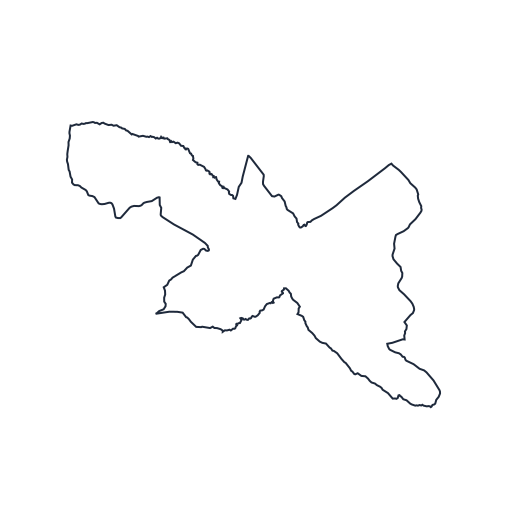 outline of Businga, Équateur, Democratic Republic of the Congo, rotated 191°
{"feature_id": "63176286B10859728267394", "entity_name": "Businga", "entity_type": "district", "adm_level": 2, "iso_a3": "COD", "parent_name": "Democratic Republic of the Congo", "parent_adm1": "Équateur", "projection": "orthographic", "projection_center": [21.02, 3.443], "detail": "fine", "context": "isolated", "style": "outline", "palette": "slate", "viewbox_px": 512, "rotation_deg": 191, "n_neighbors": 0, "source": "geoboundaries", "source_scale": "gbopen_adm2", "svg_char_len": 6106}
<svg xmlns="http://www.w3.org/2000/svg" viewBox="0 0 512 512"><g transform="rotate(191 256 256)"><path d="M55.0,141.6L54.3,143.5L52.7,144.3L51.9,145.3L51.6,149.2L49.8,152.6L49.1,156.1L49.5,157.9L50.2,159.2L58.0,167.7L66.4,174.3L69.2,175.8L73.9,176.5L80.7,179.9L88.5,181.9L89.5,182.7L90.6,184.7L91.5,185.2L92.9,185.1L95.1,187.0L97.1,187.8L101.0,188.0L106.5,189.5L107.5,190.1L109.5,192.7L110.4,194.9L105.6,196.8L96.1,202.2L94.2,202.4L95.3,206.2L94.9,208.7L95.4,210.4L94.4,213.0L94.7,216.6L97.7,219.5L93.1,227.5L91.1,229.9L90.5,232.9L90.6,234.0L91.5,236.2L93.4,239.0L95.6,241.1L103.4,246.7L108.7,249.8L110.7,252.3L111.1,253.5L111.1,256.3L108.8,262.2L108.6,263.7L109.1,267.2L110.7,269.2L112.0,272.8L116.1,275.5L120.4,279.0L122.0,282.0L122.2,283.5L121.4,289.7L122.8,294.4L122.8,301.8L122.6,303.3L121.3,304.5L115.8,308.5L112.2,312.4L111.7,313.3L110.9,316.4L106.5,322.6L102.9,329.9L102.2,331.9L102.3,333.2L103.1,334.7L103.3,336.5L106.0,340.0L107.8,343.2L108.7,346.1L108.5,347.4L111.0,352.0L112.7,353.5L118.4,356.9L120.9,359.7L129.8,366.2L132.3,367.8L138.8,371.0L140.7,372.5L143.0,370.6L146.1,366.8L160.5,350.7L172.2,338.7L179.9,330.2L186.7,321.1L189.9,317.6L199.9,307.8L206.0,303.4L207.9,301.7L209.1,299.9L211.6,299.2L212.1,298.7L212.2,296.5L212.8,294.9L213.2,294.8L214.4,296.0L215.1,295.6L215.8,294.0L217.4,292.5L218.4,292.4L219.4,293.2L220.6,294.8L220.6,295.8L222.2,297.2L223.4,300.5L225.6,302.2L227.7,304.9L233.9,307.3L234.8,308.1L235.4,309.6L236.4,310.8L238.3,315.0L241.5,317.8L242.6,319.5L244.9,320.5L245.7,320.5L249.2,317.9L251.7,317.8L261.6,326.5L262.8,327.9L263.3,330.1L263.6,335.9L264.0,337.3L279.9,351.3L282.4,352.9L282.8,352.8L282.9,351.7L284.2,331.4L284.2,325.1L286.1,320.6L286.3,312.3L287.1,308.1L289.2,308.3L290.0,310.7L291.0,311.3L292.1,311.1L294.1,311.8L294.7,313.0L294.7,314.2L296.7,315.9L300.1,316.7L300.8,317.5L301.3,316.3L301.9,316.4L302.7,318.0L304.6,318.7L306.3,320.3L306.4,321.9L307.4,321.8L309.3,323.7L310.2,325.8L310.8,325.7L311.7,325.0L312.2,325.5L312.9,325.3L312.9,326.5L313.9,326.6L315.1,327.9L316.4,328.1L316.7,327.5L317.4,327.9L317.7,329.7L318.1,330.0L320.1,330.7L320.8,330.3L321.5,330.5L322.2,331.7L324.0,333.6L328.6,334.9L330.1,334.4L331.0,334.9L331.3,336.4L333.2,336.5L336.2,338.2L336.1,339.8L337.0,342.2L337.7,342.3L338.9,343.4L339.2,344.1L340.4,344.3L343.0,348.2L343.9,348.4L344.6,348.2L345.1,347.2L345.7,347.3L346.2,348.2L347.0,348.4L348.3,350.1L350.6,349.9L352.9,351.9L354.6,352.3L356.3,351.4L358.8,352.5L360.1,351.8L361.1,352.5L361.6,351.5L362.0,351.4L363.1,353.4L364.8,353.9L365.5,354.6L368.4,353.7L368.9,353.8L369.3,354.6L369.7,354.6L369.9,353.9L370.9,353.8L371.9,354.8L372.3,353.5L373.2,352.8L374.4,352.6L375.7,353.2L376.8,352.2L378.7,353.2L380.4,353.3L380.9,353.0L382.4,353.6L383.7,352.3L385.2,352.5L386.4,352.1L389.9,352.4L394.0,350.8L394.6,351.3L400.6,352.2L401.2,351.6L406.0,354.4L407.5,354.5L409.1,355.7L411.8,355.7L412.7,356.3L414.6,356.4L417.7,357.8L420.7,356.7L422.8,357.3L425.8,356.4L429.9,357.1L431.3,357.7L432.9,357.1L434.6,355.4L437.6,356.4L439.4,355.9L440.5,356.3L441.7,356.4L446.8,354.3L448.3,354.0L449.3,353.2L450.7,352.7L452.4,352.8L454.0,351.3L455.4,350.8L457.4,351.0L461.4,348.7L462.9,348.7L462.8,342.4L462.6,341.0L461.6,338.6L461.3,335.8L461.8,332.1L461.1,328.9L460.9,323.1L460.7,320.0L460.0,317.3L460.0,314.4L459.4,312.6L458.1,310.3L456.3,304.8L455.1,303.4L453.2,298.5L451.1,296.0L450.6,292.9L448.8,291.4L447.4,291.0L444.2,291.5L442.3,291.1L440.5,289.9L435.8,288.3L434.4,287.2L432.3,283.9L431.2,283.5L428.0,283.6L425.8,283.0L420.5,277.6L418.9,277.3L417.2,277.4L414.5,278.2L410.8,280.1L409.5,280.5L408.0,280.3L406.8,279.3L404.4,275.4L401.6,267.9L400.8,267.0L398.7,266.9L396.5,267.3L395.7,268.2L389.2,279.3L387.7,280.7L385.2,281.9L380.5,282.6L379.0,283.3L378.0,284.1L376.6,286.3L375.8,287.0L373.5,288.2L368.8,290.0L364.3,294.3L362.5,295.2L361.8,295.1L360.2,287.7L358.2,285.2L357.5,278.6L357.1,277.6L355.2,276.4L342.5,271.3L322.1,265.0L308.5,259.0L305.3,256.7L304.9,255.2L303.5,253.6L303.4,252.5L304.3,251.8L306.1,251.8L307.9,253.0L308.7,253.1L309.3,253.0L311.4,251.4L313.0,246.1L313.9,245.1L315.0,244.6L317.3,240.4L318.1,234.2L321.3,231.5L323.9,227.3L326.2,225.7L333.8,218.8L334.9,216.8L336.5,215.3L337.6,210.8L340.6,207.7L338.7,204.6L337.8,200.9L338.2,197.6L337.4,193.7L335.5,191.8L335.2,189.4L336.5,186.1L340.6,183.4L342.2,181.2L343.5,180.1L330.4,184.8L322.6,186.2L317.2,186.4L312.9,182.6L311.8,182.5L309.8,181.2L307.4,179.0L301.2,175.0L296.2,175.7L295.4,176.3L287.3,176.5L285.0,178.4L283.1,177.4L280.5,177.8L276.7,177.4L274.4,176.4L274.2,175.2L272.4,177.1L270.3,177.4L267.9,178.6L266.5,178.1L264.6,180.3L263.4,180.4L262.6,181.0L262.2,183.3L261.4,184.2L262.4,185.3L261.9,185.9L260.6,186.2L260.1,186.8L259.0,187.1L258.0,190.4L259.5,191.9L258.7,192.4L257.1,192.3L255.9,191.3L255.1,191.4L254.2,192.2L253.1,191.7L251.8,191.7L250.7,193.5L249.5,193.6L249.0,194.2L248.5,195.8L247.9,196.5L245.6,196.1L244.8,196.3L243.0,198.1L241.5,200.9L241.8,202.2L241.4,203.2L239.6,203.8L238.3,204.9L237.5,208.4L236.2,210.9L233.5,212.5L232.6,212.4L231.8,213.7L230.5,213.1L229.8,213.6L230.7,214.7L230.8,215.9L230.5,217.5L227.6,219.4L225.6,219.7L225.2,220.2L224.9,221.9L222.4,224.5L222.5,224.9L223.9,225.9L223.9,226.5L222.2,228.4L222.3,229.6L220.5,230.0L217.3,228.1L216.0,226.5L214.6,225.6L213.7,222.9L212.3,221.1L211.2,220.1L206.5,217.8L203.3,214.6L204.1,212.6L203.5,208.9L204.2,206.9L199.7,206.0L198.1,205.3L196.3,202.1L195.0,201.0L194.7,199.5L192.7,196.7L191.6,195.8L190.4,193.5L186.1,191.1L183.4,189.0L181.6,186.8L177.0,184.1L174.3,183.4L170.6,183.4L166.2,180.1L164.8,179.6L162.9,177.7L161.5,177.7L157.7,176.0L152.5,171.3L149.1,168.7L147.5,168.1L142.4,163.7L140.7,161.5L139.4,161.0L137.0,158.9L136.0,158.8L133.8,160.3L129.7,158.4L125.6,158.8L122.6,157.0L120.6,155.2L118.5,153.9L114.9,153.5L112.7,152.3L109.1,151.3L107.5,150.4L106.2,148.9L100.3,146.6L94.6,142.1L92.2,142.7L90.9,142.6L89.8,143.6L89.5,146.4L88.6,146.8L87.4,145.8L86.6,145.7L84.1,143.5L80.7,143.1L76.4,140.5L74.8,140.0L71.1,139.5L70.0,140.0L68.5,140.0L67.0,140.9L65.3,140.8L64.3,141.7L63.0,141.1L59.7,141.0L57.9,141.6L56.5,141.6L55.6,141.0L55.0,141.6Z" fill="none" stroke="#1e293b" stroke-width="2"/></g></svg>